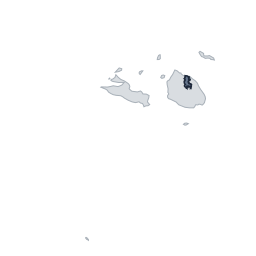 Namosi, Central, Fiji (highlighted), rotated 223°
{"feature_id": "14151628B28251361437248", "entity_name": "Namosi", "entity_type": "district", "adm_level": 2, "iso_a3": "FJI", "parent_name": "Fiji", "parent_adm1": "Central", "projection": "albers", "projection_center": [178.074, -18.067], "detail": "fine", "context": "in_parent", "style": "filled", "palette": "slate", "viewbox_px": 256, "rotation_deg": 223, "n_neighbors": 0, "source": "geoboundaries", "source_scale": "gbopen_adm2", "svg_char_len": 4701}
<svg xmlns="http://www.w3.org/2000/svg" viewBox="0 0 256 256"><g transform="rotate(223 128 128)"><path d="M121.3,179.0L121.3,180.5L122.2,181.1L123.1,181.2L125.4,184.0L128.9,186.4L131.0,188.3L131.1,189.8L130.5,191.5L131.4,194.4L131.8,197.5L133.3,202.4L131.1,203.3L127.7,203.4L126.9,204.3L125.7,203.8L122.8,204.2L120.1,205.8L117.5,207.9L114.5,207.9L111.1,208.4L107.7,208.1L105.3,206.9L101.1,205.7L95.5,204.6L93.2,203.7L91.3,202.3L89.4,198.7L89.2,197.0L89.4,195.3L91.1,194.7L92.4,193.8L92.6,192.7L93.2,191.9L94.0,191.6L94.4,191.1L93.8,189.3L93.7,187.6L96.9,184.6L100.5,182.0L106.7,179.6L110.6,179.8L116.5,178.0L118.4,177.1L120.2,177.6L121.3,179.0ZM175.6,139.8L170.8,144.1L169.1,146.4L167.6,148.8L163.5,151.5L161.8,155.1L161.9,158.7L165.9,154.9L170.5,151.9L171.9,151.3L173.3,151.3L173.2,152.4L172.5,153.4L172.0,156.1L173.2,158.7L169.8,158.4L166.5,158.6L162.5,160.0L158.6,160.6L157.2,160.6L155.8,160.1L154.8,159.4L154.1,157.7L153.4,157.4L150.3,157.5L145.7,160.8L144.1,163.6L142.4,163.7L140.3,163.1L137.7,165.3L134.7,166.1L133.4,164.2L132.5,161.9L131.5,160.3L128.1,159.9L128.6,157.8L129.5,157.0L130.3,155.8L130.8,154.4L132.4,155.3L134.1,155.8L135.9,154.8L137.8,154.7L139.8,151.7L142.8,149.9L146.9,148.4L151.1,147.4L153.3,147.2L155.4,146.6L159.0,143.8L161.5,142.3L164.1,141.5L166.6,141.0L169.0,141.5L170.8,141.2L175.7,139.3L175.6,139.8ZM127.7,231.7L127.6,233.2L123.6,234.1L122.3,232.9L121.4,232.7L119.1,234.8L118.4,235.6L118.1,236.3L117.5,236.6L113.1,237.6L111.2,236.6L112.5,235.9L114.1,234.6L115.7,234.8L117.4,233.5L119.0,231.6L121.3,231.2L122.9,230.4L125.6,231.0L127.7,231.7ZM175.4,165.9L173.0,167.1L172.1,165.9L173.2,163.0L175.4,160.1L175.4,162.5L175.4,165.9ZM154.7,203.2L154.4,203.5L151.7,200.8L151.8,199.8L152.3,198.9L153.3,198.0L154.3,199.5L155.1,202.0L154.7,203.2ZM138.4,190.8L136.8,191.4L135.9,189.4L137.1,187.4L138.5,187.2L139.2,189.3L138.4,190.8ZM157.1,179.0L156.1,179.9L155.6,175.4L156.7,175.4L157.5,175.9L157.9,177.0L157.1,179.0ZM88.4,171.7L86.8,172.3L87.6,169.6L88.5,168.8L89.1,168.7L90.0,168.5L89.7,170.3L88.4,171.7ZM84.1,19.4L82.8,19.7L80.8,19.4L80.3,18.9L81.0,18.8L82.3,18.4L83.9,18.6L84.2,18.9L84.1,19.4ZM175.5,152.0L175.1,152.0L175.0,151.4L175.5,150.3L175.5,152.0Z" fill="#d9dde1" stroke="#a8b0b8" stroke-width="1"/><path d="M112.6,196.9L112.4,196.9L112.3,197.0L112.2,197.2L111.9,197.2L112.0,197.3L112.0,197.5L112.3,197.7L112.5,197.7L112.6,197.8L113.1,198.1L113.3,198.5L112.5,198.5L112.4,198.8L112.3,199.0L112.2,199.0L112.3,199.1L112.5,199.0L112.8,199.2L113.0,199.3L112.9,199.5L112.7,199.8L112.4,199.8L112.3,199.7L112.2,199.7L112.0,199.8L111.9,199.8L111.7,199.9L111.7,200.0L111.5,200.3L111.4,200.3L111.2,200.3L110.7,200.3L110.5,200.2L110.4,200.1L110.2,200.0L110.1,199.9L109.9,199.9L109.7,199.9L109.5,199.7L109.5,199.8L109.5,200.0L109.5,200.3L109.4,200.3L109.5,200.4L109.5,200.5L109.6,200.8L109.8,200.9L109.8,201.0L110.0,201.1L109.9,201.1L109.9,201.4L110.0,201.5L110.3,201.5L110.5,201.5L110.6,201.8L110.6,202.0L110.8,202.1L111.1,202.3L111.2,202.6L111.3,202.6L111.1,203.0L111.4,203.1L111.7,203.1L111.9,203.2L112.1,203.2L112.3,203.1L112.5,202.9L112.8,202.8L112.8,202.7L113.0,202.6L113.2,202.4L113.3,202.4L113.3,202.2L113.5,202.0L113.9,202.0L114.0,202.1L114.2,202.3L114.3,202.3L114.4,202.5L114.4,202.8L114.5,202.8L114.8,202.7L115.0,202.6L115.3,202.8L115.5,202.8L115.6,203.0L115.7,203.3L115.7,203.5L115.6,203.8L115.6,204.0L115.2,205.0L115.5,205.5L115.6,205.9L115.7,206.0L115.8,206.0L115.9,205.9L115.9,205.7L116.2,205.4L116.5,205.1L116.4,205.0L116.3,204.9L116.5,204.8L116.6,205.0L116.8,205.1L116.7,205.2L116.8,205.2L116.8,205.3L116.8,205.2L116.8,205.3L116.8,205.5L117.0,205.7L117.2,205.8L117.3,205.8L117.2,205.7L117.3,205.6L117.5,205.8L117.6,206.1L117.7,206.4L117.7,206.6L117.8,206.7L117.9,206.4L118.0,206.4L117.9,206.5L118.0,206.5L118.2,206.8L118.3,206.8L118.3,206.7L118.4,206.8L118.5,206.8L118.6,206.7L118.7,206.9L118.8,206.8L118.9,206.7L119.1,206.6L119.4,206.5L119.6,206.6L120.2,206.5L120.8,206.1L120.9,205.8L121.1,205.8L121.3,205.6L122.0,205.2L121.6,204.7L121.4,204.6L121.2,204.5L121.2,204.4L120.9,204.2L121.0,204.0L121.0,203.9L120.9,203.9L120.5,203.3L120.1,202.7L120.3,202.4L120.1,202.4L119.9,202.4L119.7,202.3L119.4,202.4L119.3,202.2L119.2,202.2L118.9,201.9L119.0,201.8L119.0,201.7L118.9,201.5L118.9,201.4L118.7,201.4L118.6,201.2L118.8,201.0L118.8,200.9L118.7,200.8L118.8,200.7L118.7,200.4L118.5,200.2L118.4,200.1L118.2,199.9L118.0,199.7L117.9,199.7L117.7,199.6L117.1,199.1L115.9,199.0L116.0,198.8L115.9,198.6L115.9,198.4L115.8,198.1L115.7,197.7L115.5,197.3L115.4,197.2L115.2,197.2L114.9,197.1L114.6,197.1L114.4,197.0L114.2,197.1L113.9,197.1L113.7,197.3L113.4,197.3L113.2,197.4L113.0,197.2L112.9,197.0L112.7,197.0L112.6,196.9Z" fill="#64748b" stroke="#1e293b" stroke-width="1.5"/></g></svg>